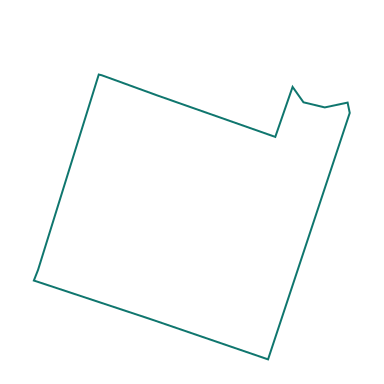 Livingston, Missouri, United States of America (Equal Earth projection), rotated 289°
{"feature_id": "52423323B73589885099286", "entity_name": "Livingston", "entity_type": "district", "adm_level": 2, "iso_a3": "USA", "parent_name": "United States of America", "parent_adm1": "Missouri", "projection": "equal_earth", "projection_center": [-93.472, 39.79], "detail": "fine", "context": "isolated", "style": "outline", "palette": "teal", "viewbox_px": 384, "rotation_deg": 289, "n_neighbors": 0, "source": "geoboundaries", "source_scale": "gbopen_adm2", "svg_char_len": 325}
<svg xmlns="http://www.w3.org/2000/svg" viewBox="0 0 384 384"><g transform="rotate(289 192 192)"><path d="M58.3,195.3L58.5,318.4L318.1,315.4L327.2,310.0L315.2,290.0L313.1,268.2L324.1,252.9L271.2,252.8L272.0,127.6L273.0,68.6L272.7,65.6L68.2,71.8L56.8,71.3L58.3,195.3Z" fill="none" stroke="#0f766e" stroke-width="2"/></g></svg>